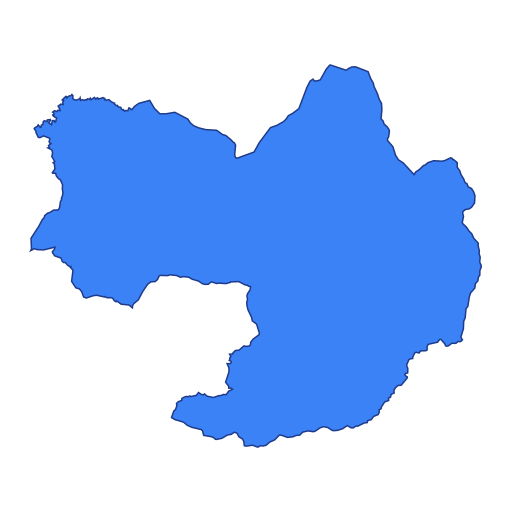 the district of Piñas, El Oro, Ecuador
{"feature_id": "8360857B66952763601704", "entity_name": "Piñas", "entity_type": "district", "adm_level": 2, "iso_a3": "ECU", "parent_name": "Ecuador", "parent_adm1": "El Oro", "projection": "mercator", "projection_center": [-79.823, -3.71], "detail": "fine", "context": "isolated", "style": "filled", "palette": "blue", "viewbox_px": 512, "rotation_deg": 0, "n_neighbors": 0, "source": "geoboundaries", "source_scale": "gbopen_adm2", "svg_char_len": 5949}
<svg xmlns="http://www.w3.org/2000/svg" viewBox="0 0 512 512"><path d="M30.7,250.6L34.3,248.7L37.1,249.6L43.6,249.9L54.9,247.2L54.5,249.1L52.4,251.7L52.5,252.6L54.6,255.8L61.0,258.1L62.3,261.5L63.9,262.6L65.2,262.4L67.5,265.1L70.0,266.8L70.8,266.6L70.4,267.4L73.0,270.2L71.6,281.3L75.8,287.8L79.4,288.9L81.7,291.7L83.6,297.0L86.4,298.0L93.6,295.6L96.9,295.3L104.5,297.0L105.0,296.5L106.8,297.7L111.4,297.7L112.8,298.3L114.0,300.4L116.0,301.8L116.8,301.0L121.2,304.2L129.0,305.0L132.4,307.8L132.6,305.6L133.7,303.7L138.3,299.9L142.8,291.4L147.7,284.2L151.0,281.8L155.1,281.6L157.5,279.6L158.9,276.4L160.1,275.4L167.8,275.6L170.1,274.8L176.5,275.5L180.6,277.3L183.0,276.6L188.8,277.2L192.1,279.2L198.6,281.1L202.5,283.8L205.2,284.4L208.4,284.2L210.8,282.2L212.0,282.0L216.6,283.5L218.7,283.1L225.9,283.6L230.4,282.4L230.6,281.9L238.8,281.6L245.1,284.9L247.6,285.3L248.2,286.1L250.6,286.7L250.1,289.8L247.7,293.4L246.9,295.8L247.5,299.6L246.7,302.5L247.0,305.7L247.9,309.6L251.5,317.2L252.3,320.9L256.6,324.1L259.3,332.9L259.1,334.7L253.2,339.0L250.8,342.1L250.3,345.0L249.2,346.0L246.2,346.4L243.9,345.9L239.1,350.1L235.4,350.5L233.1,352.7L232.6,354.0L229.6,354.2L230.9,356.5L229.8,357.8L229.9,359.0L229.2,360.4L231.0,361.2L231.3,362.4L230.3,363.6L227.1,363.6L228.9,367.9L229.0,371.8L225.6,382.2L228.7,386.3L228.8,388.2L231.0,388.1L232.5,389.3L228.6,391.2L226.2,394.6L223.1,394.5L221.3,395.5L219.1,395.6L213.3,397.5L207.2,396.2L204.4,393.9L203.3,394.8L201.4,394.5L198.5,392.5L196.4,395.3L191.1,396.5L189.5,396.0L188.3,396.8L186.8,396.4L184.5,397.0L181.9,398.4L181.7,400.4L178.1,401.8L176.5,403.5L176.8,405.6L176.0,408.2L175.4,409.7L173.9,410.8L171.5,417.5L174.7,419.5L183.6,422.2L187.3,425.3L191.8,427.3L201.3,429.6L202.5,430.8L203.7,435.4L211.4,436.7L213.8,437.7L215.4,439.3L216.7,439.4L221.8,438.3L227.3,435.1L231.4,434.3L234.4,432.2L237.0,433.2L238.9,436.8L242.4,438.9L243.8,441.3L244.3,445.8L246.5,446.1L252.6,445.2L257.2,447.0L258.5,446.9L260.2,445.7L263.5,446.0L266.4,445.1L269.5,442.2L274.7,439.9L279.3,435.1L281.1,435.1L287.5,437.4L293.0,436.8L295.9,435.5L299.8,435.1L302.7,432.1L308.0,430.9L313.1,431.7L315.0,431.3L320.2,427.8L323.5,426.7L327.7,427.5L332.2,430.4L333.7,430.7L337.9,430.3L342.9,428.6L347.2,425.6L351.1,427.8L353.2,427.9L356.1,426.0L357.7,426.2L364.2,423.0L367.2,422.6L367.8,420.5L371.2,419.7L373.6,416.4L378.1,414.6L379.3,412.2L379.0,409.8L381.0,408.9L381.5,406.8L384.7,401.9L388.7,400.5L388.5,398.1L390.5,397.2L391.1,394.4L394.2,393.0L393.9,390.4L395.6,387.6L398.0,385.5L401.2,385.2L407.2,378.0L407.2,376.8L405.3,375.7L404.9,374.7L405.4,373.6L407.7,372.9L407.8,368.4L406.7,365.8L406.8,364.7L408.8,359.8L410.2,358.9L412.7,358.5L412.8,356.7L415.0,352.6L416.3,352.3L419.1,353.0L420.6,350.9L426.0,350.7L427.1,350.0L427.1,346.6L427.8,344.9L428.7,344.2L437.6,342.2L439.7,339.4L440.9,339.4L444.8,343.8L445.5,345.7L446.6,346.2L448.3,345.9L451.8,343.3L455.9,343.3L458.3,341.4L460.2,341.7L461.8,340.7L462.7,338.8L462.3,339.4L461.8,339.0L460.9,337.0L463.4,328.8L463.7,321.2L465.2,317.8L466.0,308.8L467.9,306.2L469.3,296.9L470.5,293.0L474.8,288.1L475.4,283.6L477.9,280.9L478.4,277.2L479.8,275.2L479.9,270.4L481.3,267.0L481.1,265.1L479.7,262.1L480.2,257.3L479.1,253.6L479.3,250.7L478.2,246.1L478.2,243.1L473.9,238.5L471.7,233.7L469.1,231.1L466.2,226.9L462.8,223.7L462.3,222.4L463.5,216.4L462.7,213.2L463.0,211.4L465.5,209.5L469.4,208.8L471.6,207.2L474.5,203.1L475.0,195.7L473.6,191.8L471.5,188.5L468.2,186.8L466.9,183.6L465.1,182.7L463.7,179.0L460.9,174.4L459.8,170.8L457.2,167.2L457.2,162.6L453.5,159.5L452.6,159.4L452.1,158.3L450.6,157.8L444.7,160.6L442.0,161.2L433.7,160.7L428.0,162.6L425.3,164.9L423.4,165.6L419.5,169.4L415.7,172.0L414.1,174.6L403.2,162.9L398.4,159.8L395.6,155.3L392.8,146.6L387.6,140.6L387.4,139.1L388.6,136.8L389.4,131.5L389.0,129.5L387.1,126.8L384.1,124.0L383.1,121.0L381.0,118.7L381.9,110.0L381.5,103.3L379.3,99.5L377.4,93.6L374.0,86.5L373.3,83.1L370.7,78.6L368.1,71.7L355.5,66.8L351.7,67.0L348.0,68.8L346.4,70.3L330.4,65.0L329.6,65.2L326.2,69.3L320.3,79.8L317.5,80.8L314.4,81.0L313.0,79.1L310.1,81.1L306.9,87.4L298.9,108.6L292.6,113.4L288.3,115.7L286.2,119.0L283.4,121.7L276.8,125.4L270.5,127.6L259.3,142.6L254.1,152.0L238.0,157.9L236.1,158.1L235.1,156.6L234.7,154.4L235.6,145.3L234.4,142.8L232.5,141.7L231.9,140.6L225.7,135.4L222.6,134.6L216.7,130.3L205.7,129.6L198.5,127.8L193.8,125.8L190.3,122.9L187.9,119.1L174.8,112.3L166.0,113.8L159.9,113.8L154.5,108.5L149.7,100.4L138.9,103.3L134.5,106.4L132.0,109.6L131.2,109.7L130.7,108.7L128.9,107.9L127.9,110.7L125.7,110.5L124.5,111.3L123.4,109.6L122.4,109.9L121.5,109.0L120.7,107.3L117.9,106.8L117.5,105.4L115.9,105.4L114.5,104.1L114.6,103.2L111.4,101.9L109.0,99.7L105.2,100.2L104.7,98.3L103.8,98.6L103.0,97.6L98.3,99.1L97.7,97.8L96.1,98.4L95.8,99.1L94.3,97.4L91.1,99.8L90.3,98.1L89.2,99.2L87.4,98.8L86.7,100.0L85.4,99.7L84.4,100.3L82.4,99.7L80.6,100.4L80.1,97.9L79.7,98.8L76.5,100.1L74.8,99.9L72.7,98.6L73.0,95.8L71.9,94.5L71.0,95.6L68.8,96.1L66.7,97.9L66.4,96.5L65.8,96.4L62.2,99.9L63.6,100.5L62.8,102.0L63.1,104.5L60.9,104.1L58.1,106.1L59.7,108.9L60.0,110.7L57.9,110.2L57.0,111.5L54.5,110.7L52.7,112.1L53.8,112.8L54.0,114.2L53.9,115.0L52.8,114.9L52.8,115.4L54.8,117.2L56.6,117.9L55.6,121.9L54.7,121.9L54.1,120.5L52.4,120.6L51.4,124.7L48.7,122.7L50.5,120.4L50.3,119.5L47.3,119.9L46.9,121.5L44.3,120.7L43.3,121.7L42.8,124.5L41.3,125.2L40.9,127.3L40.2,127.3L38.2,124.9L37.3,126.4L34.9,127.7L34.2,128.7L35.8,130.9L36.1,132.8L38.3,137.4L40.1,137.6L43.5,135.9L49.5,138.2L49.9,138.8L49.1,141.7L49.7,143.0L51.0,143.7L48.5,145.5L49.3,147.4L47.9,147.9L51.9,150.0L52.6,153.1L51.8,156.5L54.8,161.6L53.1,162.7L54.3,163.6L54.9,168.9L52.3,172.8L52.9,173.3L55.6,173.2L56.3,175.9L58.4,178.6L60.4,179.9L62.6,184.8L62.3,188.6L62.9,192.4L62.4,196.1L61.4,198.1L61.6,199.4L60.4,201.8L59.6,207.4L58.6,209.4L58.2,209.9L53.6,210.1L50.0,212.4L47.5,213.2L44.6,215.7L44.2,217.7L42.6,219.1L38.7,226.4L31.0,238.3L31.5,248.8L30.7,250.6Z" fill="#3b82f6" stroke="#1e3a8a" stroke-width="1.5"/></svg>